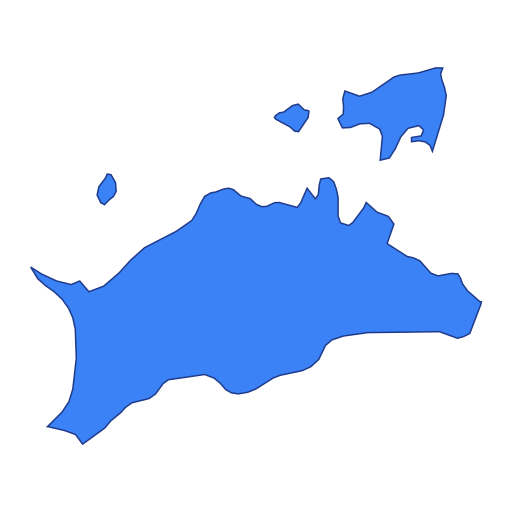 the Prefecture of Kagawa
{"feature_id": "JPN-1833", "entity_name": "Kagawa", "entity_type": "Prefecture", "adm_level": 1, "iso_a3": "JPN", "parent_name": "Japan", "parent_adm1": "", "projection": "equal_earth", "projection_center": [134.035, 34.276], "detail": "fine", "context": "isolated", "style": "filled", "palette": "blue", "viewbox_px": 512, "rotation_deg": 0, "n_neighbors": 0, "source": "natural_earth", "source_scale": "10m", "svg_char_len": 2220}
<svg xmlns="http://www.w3.org/2000/svg" viewBox="0 0 512 512"><path d="M47.5,426.6L62.3,411.8L69.0,401.5L72.8,389.1L76.3,358.3L75.3,329.4L72.8,317.7L68.7,308.5L62.3,299.4L53.9,291.5L45.6,285.7L37.8,278.8L30.7,267.1L41.4,273.9L56.6,281.0L71.0,284.6L79.7,281.0L88.9,291.7L103.6,286.2L119.2,272.8L130.8,260.0L144.7,247.6L176.1,231.4L191.7,220.6L196.1,213.7L200.1,204.4L204.7,196.3L211.0,192.8L215.5,192.1L223.7,189.0L228.6,188.2L233.5,189.7L240.9,196.0L250.2,198.6L256.4,204.4L261.9,206.7L266.6,206.4L274.6,202.7L279.3,202.5L297.2,207.4L300.8,202.7L307.1,188.2L315.3,198.8L318.3,194.7L319.2,185.1L320.7,179.0L328.9,177.7L333.7,181.8L336.3,189.0L338.1,197.5L338.1,216.1L340.5,222.9L348.8,225.5L352.8,222.5L363.8,207.8L366.2,202.5L376.9,212.1L388.4,216.4L393.9,224.1L387.1,243.6L407.0,256.4L413.5,257.9L419.7,260.7L430.8,273.1L438.0,275.9L451.5,273.4L457.9,273.9L460.5,278.4L462.6,284.0L467.6,290.9L479.9,301.7L481.3,301.7L481.1,303.7L469.8,333.4L463.9,336.4L457.6,338.3L439.4,331.7L367.8,332.6L343.5,336.0L331.9,339.9L325.5,345.4L318.7,359.5L310.8,366.7L302.3,370.6L280.1,375.3L273.2,378.0L255.6,389.1L247.6,392.3L238.1,393.9L231.4,392.8L225.8,389.7L220.3,383.3L214.1,378.1L204.7,374.5L168.2,379.8L163.1,383.6L155.6,393.9L149.2,398.5L131.9,402.8L125.7,407.2L120.5,412.8L110.6,421.0L104.7,428.1L82.6,444.1L75.5,434.5L64.5,430.5L47.7,426.6L47.5,426.6ZM442.7,68.0L440.6,74.0L441.9,80.1L444.4,87.1L446.3,95.6L443.5,115.1L432.4,151.3L430.0,145.3L425.2,141.9L418.8,140.7L411.5,141.7L411.5,137.5L421.2,135.9L423.6,130.0L419.0,125.6L408.0,128.3L400.8,136.8L395.4,148.5L389.4,158.0L380.2,160.2L382.4,136.2L379.6,129.0L369.5,123.3L360.1,123.8L350.4,127.5L342.4,127.9L337.9,118.6L343.2,114.1L343.6,106.8L342.8,98.6L344.9,91.0L359.5,96.2L372.0,92.2L393.8,77.1L399.9,75.1L418.1,73.0L435.7,67.9L442.7,68.0ZM280.7,121.9L275.9,119.2L274.4,117.6L275.3,115.9L279.2,112.9L283.7,112.1L292.4,105.6L298.2,104.1L300.3,106.1L304.3,110.0L307.6,110.4L309.0,111.2L308.1,117.5L298.5,131.7L294.6,131.1L290.3,127.1L289.9,126.8L280.7,121.9ZM111.0,174.7L115.5,182.6L116.2,191.4L113.4,196.5L109.6,199.5L106.2,202.8L104.6,204.7L100.8,202.7L97.1,195.0L98.9,186.7L105.7,177.7L107.2,174.0L111.0,174.7Z" fill="#3b82f6" stroke="#1e3a8a" stroke-width="1.5"/></svg>